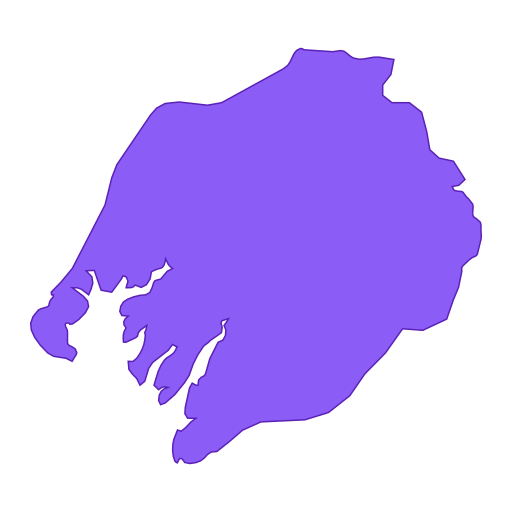 outline of Boke
{"feature_id": "GIN-5629", "entity_name": "Boke", "entity_type": "Prefecture", "adm_level": 1, "iso_a3": "GIN", "parent_name": "Guinea", "parent_adm1": "", "projection": "mercator", "projection_center": [-14.564, 11.071], "detail": "fine", "context": "isolated", "style": "filled", "palette": "violet", "viewbox_px": 512, "rotation_deg": 0, "n_neighbors": 0, "source": "natural_earth", "source_scale": "10m", "svg_char_len": 3487}
<svg xmlns="http://www.w3.org/2000/svg" viewBox="0 0 512 512"><path d="M300.4,48.5L302.2,48.7L304.1,49.8L332.6,51.7L340.5,50.6L343.9,51.2L346.9,53.3L349.9,55.9L353.1,57.9L358.7,59.2L363.4,59.0L373.7,57.2L379.0,57.1L393.9,59.5L390.9,74.5L382.7,85.0L382.7,95.4L392.0,102.7L409.4,102.7L421.6,112.2L426.8,132.0L429.8,149.7L439.0,158.1L453.4,161.2L465.0,179.5L458.8,185.3L452.2,186.5L453.8,190.0L455.1,190.6L457.2,191.1L461.5,191.5L463.1,192.3L466.1,196.5L468.6,198.9L472.7,204.2L473.1,206.5L472.6,214.2L473.4,216.5L474.9,217.8L476.4,218.7L480.1,222.0L480.8,223.8L481.0,226.0L480.9,229.0L481.3,236.5L480.9,239.7L477.4,254.0L476.6,255.3L475.4,256.2L472.2,257.6L469.3,259.8L462.7,266.0L461.6,268.1L461.8,271.5L458.6,287.1L453.2,300.3L446.7,319.1L422.8,330.3L402.6,328.8L385.4,353.0L364.9,373.8L349.8,395.7L328.5,412.5L304.9,419.8L260.9,421.9L242.5,430.2L229.2,441.7L216.6,451.7L216.8,451.5L216.7,451.5L211.2,452.0L207.5,454.5L204.3,458.0L200.5,460.9L195.9,462.6L190.0,463.5L184.8,462.5L181.9,458.6L179.6,458.6L177.2,462.9L175.0,461.4L173.3,456.3L172.6,450.3L172.9,444.2L173.8,439.5L177.5,430.0L181.2,431.2L185.8,427.5L190.8,422.1L195.9,418.3L187.6,418.2L184.9,413.7L185.3,407.3L189.5,388.0L192.2,383.1L195.9,385.2L198.0,385.2L198.6,380.0L201.2,377.3L204.0,375.9L205.4,374.2L209.8,358.7L218.1,342.2L222.8,340.2L225.4,335.6L225.9,330.0L224.0,325.4L225.3,323.8L228.6,318.7L221.9,320.7L221.0,323.4L222.2,327.2L221.4,332.7L210.0,340.7L208.7,342.2L203.7,346.0L197.9,354.7L193.2,364.0L189.2,375.3L184.5,382.7L174.9,394.5L165.3,402.9L160.6,404.7L158.6,400.5L159.3,395.1L161.2,391.3L164.2,388.8L168.0,387.4L165.4,386.8L163.4,386.9L161.3,387.8L158.6,389.7L154.0,385.2L158.2,371.4L160.9,365.5L164.5,360.0L166.6,358.0L171.5,354.8L173.8,352.8L175.6,350.1L176.5,347.7L177.2,346.8L175.4,346.1L172.6,344.5L168.1,350.4L152.7,362.4L148.7,368.3L144.8,381.2L140.0,385.2L136.7,378.5L132.4,374.1L128.9,369.4L128.2,361.3L132.8,361.5L136.7,358.3L139.9,353.6L142.1,349.3L143.8,344.7L144.9,339.5L145.3,335.0L144.7,332.7L145.6,330.7L146.1,329.1L146.8,325.4L140.5,330.0L138.3,332.8L137.5,336.1L135.9,337.6L126.1,342.2L123.5,342.2L123.2,338.2L123.4,334.5L124.3,331.1L126.1,327.9L124.0,324.8L123.8,321.7L125.2,318.8L128.2,316.1L121.8,315.5L119.8,311.4L120.8,306.2L123.5,301.9L127.8,299.1L133.8,296.8L140.2,295.3L145.7,294.8L149.8,292.5L152.1,287.7L153.6,282.8L155.0,280.6L160.8,279.0L167.1,271.4L172.6,268.5L170.0,266.5L168.3,264.4L165.6,258.8L165.0,262.1L164.0,265.2L162.3,267.5L159.8,268.5L157.9,268.9L152.6,271.1L151.4,271.9L150.1,278.9L146.4,284.7L141.2,287.4L135.2,285.1L133.5,286.7L131.8,287.5L129.4,287.7L126.1,287.7L128.0,281.0L126.1,276.8L122.9,275.9L121.2,279.3L111.7,292.2L101.1,290.2L94.3,270.4L86.1,270.8L91.9,276.8L92.8,283.2L91.0,289.4L88.6,294.8L81.5,289.3L77.5,287.8L72.1,287.7L83.4,296.3L87.5,300.9L88.6,306.6L85.3,312.9L78.9,319.4L72.6,323.9L69.8,324.3L69.1,323.3L67.5,322.9L65.9,323.3L65.2,324.3L65.5,326.4L67.1,329.7L67.5,331.5L67.5,343.3L68.9,345.3L72.1,346.8L75.3,349.0L76.8,352.8L76.2,354.6L72.1,361.3L66.0,358.3L53.6,356.3L47.6,352.8L40.4,345.3L34.7,337.4L31.3,329.9L30.7,323.2L33.0,316.7L38.3,310.1L40.8,308.8L47.5,306.8L48.9,305.4L49.3,302.9L50.3,300.5L51.8,298.4L53.3,296.9L53.3,294.8L51.8,294.9L51.4,294.3L51.5,293.3L51.2,292.2L60.9,282.2L72.3,268.5L105.0,205.0L111.8,177.7L116.9,164.6L150.7,114.8L156.8,108.0L165.1,103.5L179.2,102.0L207.5,105.2L221.6,102.7L251.8,86.1L283.5,68.7L287.8,65.3L290.1,61.8L294.1,53.5L296.7,50.4L300.4,48.5Z" fill="#8b5cf6" stroke="#5b21b6" stroke-width="1.5"/></svg>